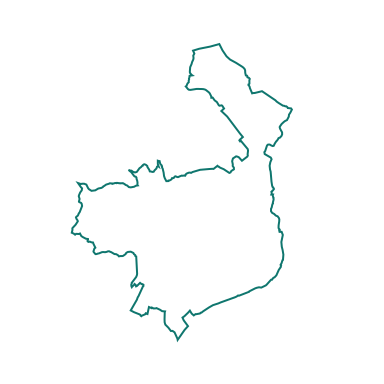 the district of Caransebes, Caras-Severin, Romania, rotated 64°
{"feature_id": "2599482B93861617643410", "entity_name": "Caransebes", "entity_type": "district", "adm_level": 2, "iso_a3": "ROU", "parent_name": "Romania", "parent_adm1": "Caras-Severin", "projection": "albers", "projection_center": [22.203, 45.422], "detail": "fine", "context": "isolated", "style": "outline", "palette": "teal", "viewbox_px": 384, "rotation_deg": 64, "n_neighbors": 0, "source": "geoboundaries", "source_scale": "gbopen_adm2", "svg_char_len": 6063}
<svg xmlns="http://www.w3.org/2000/svg" viewBox="0 0 384 384"><g transform="rotate(64 192 192)"><path d="M308.3,171.6L308.3,166.5L308.0,165.5L305.6,159.6L305.5,159.2L305.9,158.6L304.9,156.7L304.8,156.0L304.9,155.3L303.9,152.7L300.1,148.2L298.2,144.9L297.1,144.5L296.9,144.1L296.2,144.2L295.4,142.9L292.9,140.5L292.9,140.0L288.3,137.3L283.9,136.0L280.6,135.3L276.1,133.6L270.4,129.2L267.1,128.9L266.2,130.8L264.2,130.3L263.8,130.0L264.0,129.7L263.9,129.7L262.3,130.0L260.0,128.8L256.5,126.4L254.8,125.5L253.5,125.3L251.4,125.7L249.8,127.1L247.9,127.7L245.9,129.1L243.9,129.4L241.7,128.3L240.9,127.2L238.2,125.1L237.9,124.3L237.0,124.0L234.6,122.0L233.0,121.3L232.9,121.5L230.1,120.8L229.7,120.3L229.5,120.6L229.5,121.1L229.1,121.8L228.5,121.1L226.6,120.5L226.6,119.8L226.1,119.3L226.1,118.7L225.2,117.0L223.8,117.0L223.3,117.4L222.9,117.2L221.7,117.3L217.5,116.0L208.2,112.4L206.0,112.0L202.4,110.7L199.5,108.5L197.4,106.1L195.6,106.1L189.8,110.0L187.9,109.5L187.3,108.3L183.3,104.4L182.8,103.5L182.7,103.1L183.1,101.9L183.6,101.2L184.9,100.4L186.1,99.3L186.3,98.3L184.7,96.3L183.4,94.1L183.1,93.1L182.1,91.3L181.6,90.8L181.5,90.2L181.7,89.2L180.9,87.1L179.7,85.7L177.9,84.9L174.0,85.1L172.5,84.9L171.8,84.5L170.2,81.7L169.3,78.8L169.0,77.3L169.0,75.1L166.7,72.0L165.0,70.9L163.7,68.7L161.7,66.1L160.3,66.3L158.5,69.1L157.5,69.1L156.3,69.7L156.0,70.5L154.8,71.5L154.3,72.4L150.3,74.9L147.8,76.3L146.2,76.8L132.1,84.9L130.5,92.2L129.8,93.9L129.7,94.7L123.9,94.4L122.9,94.1L121.5,94.1L120.7,94.4L120.1,94.1L120.1,93.4L119.8,92.9L116.8,91.5L115.7,90.5L114.4,90.8L113.2,91.9L112.2,91.5L111.5,91.6L110.8,92.5L108.2,91.9L105.9,90.9L104.6,90.8L102.7,91.3L101.0,92.2L95.2,95.8L89.7,99.7L85.2,101.5L78.1,102.5L71.0,102.6L69.3,111.8L66.4,122.8L65.4,129.1L68.6,129.2L70.0,131.1L72.3,131.9L73.5,132.8L75.3,135.0L76.8,136.3L79.0,138.9L82.7,141.1L83.9,141.6L86.4,141.1L87.3,140.6L86.5,143.1L86.6,143.4L87.8,144.0L88.7,145.0L89.5,145.2L90.5,146.2L91.9,146.8L92.5,148.5L94.3,150.5L94.4,151.3L97.8,150.5L98.8,149.9L99.6,148.5L101.4,142.6L101.9,141.6L104.3,137.0L105.5,135.5L106.4,134.8L109.7,133.2L111.1,132.8L114.3,132.8L115.8,133.3L116.1,132.1L116.4,132.0L119.5,131.5L122.1,130.2L125.8,129.9L126.5,129.5L127.1,127.4L127.7,127.0L131.0,126.6L132.1,130.1L139.6,127.3L160.2,123.3L164.9,122.2L166.0,126.2L166.4,126.8L167.6,126.6L167.6,125.6L177.8,123.1L179.4,123.5L182.5,125.5L183.6,125.8L184.4,126.7L185.8,133.4L181.3,134.7L180.2,135.6L179.3,136.7L179.8,140.5L181.9,142.4L185.0,143.2L186.4,144.0L188.5,143.7L190.0,144.4L190.3,147.3L191.3,148.9L191.2,150.1L185.4,153.5L182.4,156.1L180.6,157.0L181.4,157.0L179.6,157.6L180.7,162.5L180.2,163.3L178.9,166.4L175.6,175.0L174.3,182.7L174.4,184.5L173.7,185.2L173.2,186.6L173.1,188.8L173.5,190.1L174.2,190.6L174.4,191.1L173.8,191.7L173.2,193.5L172.8,193.9L172.5,196.7L172.6,197.3L172.5,198.0L172.1,198.7L170.8,199.8L170.6,200.2L170.6,200.8L171.4,202.4L170.8,203.9L171.5,204.6L171.7,205.3L171.8,207.2L171.4,208.1L171.8,208.5L171.0,210.3L167.6,210.4L165.3,210.1L162.1,209.0L158.1,208.1L157.0,208.2L155.8,207.7L155.4,207.9L154.8,207.6L152.8,208.2L150.0,207.6L149.8,208.1L148.9,209.0L152.0,210.5L154.5,210.8L153.7,211.2L153.9,212.3L155.3,213.7L156.1,216.1L157.0,217.6L156.6,218.8L155.6,219.9L155.0,220.9L153.2,220.7L150.1,221.1L149.0,220.8L147.4,221.5L146.3,222.5L146.1,223.1L146.2,224.1L146.8,224.8L146.6,225.2L147.3,226.9L147.6,228.8L149.7,232.7L149.7,233.2L149.5,234.4L149.4,234.7L147.8,236.3L146.3,237.0L145.7,238.1L144.9,238.8L145.0,239.0L145.6,238.9L147.5,237.9L152.2,237.0L153.0,236.6L153.6,235.8L154.7,235.6L156.0,236.1L157.8,236.3L159.5,236.8L161.8,238.0L162.3,237.9L161.8,239.5L161.9,241.7L161.0,245.0L159.9,246.6L157.8,247.4L156.4,248.7L155.5,249.0L153.7,250.3L153.6,251.0L152.9,252.0L152.8,252.8L152.0,253.7L152.0,253.9L150.9,255.4L151.0,255.9L150.5,256.5L150.1,257.7L150.0,258.8L149.6,259.4L149.8,259.9L149.6,260.2L148.9,260.7L148.1,262.2L148.2,262.8L147.7,265.9L148.1,268.3L148.1,269.3L148.5,270.0L148.6,271.6L147.8,274.7L148.1,278.2L146.9,281.8L144.3,283.4L143.0,283.7L139.0,283.7L137.3,285.3L136.4,287.1L136.1,288.4L134.0,290.5L139.1,289.7L140.5,289.2L142.2,290.4L143.4,292.7L145.3,294.9L146.1,295.6L149.0,296.1L151.0,297.8L151.6,297.8L153.1,296.5L154.1,296.3L156.4,296.9L160.9,301.8L161.7,303.3L162.7,304.3L163.3,305.3L163.5,306.6L163.9,307.4L165.4,307.6L167.5,307.3L168.3,307.5L170.4,311.0L172.0,315.2L172.6,315.7L173.6,316.0L175.9,317.9L177.6,316.5L179.1,315.8L178.8,314.5L180.2,312.0L180.2,310.9L183.0,310.8L184.5,310.0L187.4,307.9L188.7,306.1L189.1,306.3L190.2,307.4L190.7,307.4L191.5,306.9L191.8,305.6L193.2,304.4L194.0,303.1L195.6,303.3L199.7,303.3L200.0,304.5L202.2,306.6L202.8,306.7L205.5,306.0L206.0,304.8L206.0,304.0L206.4,302.5L206.6,299.3L207.0,298.2L208.0,296.5L208.4,295.0L208.5,293.5L208.8,292.8L209.2,292.2L210.0,291.7L210.6,291.0L213.8,288.9L214.5,287.6L214.9,287.2L216.5,286.2L217.8,285.9L218.2,284.4L219.1,282.5L219.2,281.8L218.7,278.9L218.0,278.0L217.8,277.1L217.8,275.8L218.8,273.2L221.1,271.4L222.4,271.4L223.8,270.7L224.7,271.0L225.5,270.4L241.5,277.2L242.6,278.0L243.9,279.4L247.2,285.9L247.4,285.9L248.8,287.3L250.3,287.8L251.1,287.8L250.8,287.3L250.1,284.7L249.5,284.0L250.6,283.4L252.3,283.6L252.3,282.6L250.9,278.5L252.7,277.7L253.1,276.9L254.1,276.3L255.2,276.9L255.2,277.3L262.2,285.8L262.9,287.0L264.6,288.7L271.6,299.0L274.6,296.8L279.2,292.6L279.8,292.3L280.5,292.4L281.4,292.0L281.2,291.3L281.4,287.1L281.0,287.2L280.7,286.6L282.1,285.5L276.5,281.1L278.7,279.2L278.3,278.7L279.9,277.5L280.8,275.3L280.8,274.8L283.9,272.3L286.0,271.1L287.5,268.6L288.1,269.2L294.2,272.4L297.1,273.7L299.5,274.1L303.6,272.7L307.7,271.9L308.3,270.4L310.5,269.2L317.5,269.4L318.6,269.7L312.7,259.1L310.8,254.4L303.8,255.7L300.7,255.6L300.3,253.2L298.7,248.3L297.7,245.9L301.1,245.6L303.7,244.5L303.3,242.4L303.6,242.0L304.7,238.1L304.3,237.1L304.6,236.4L304.1,234.2L303.2,227.2L302.9,222.7L303.7,217.1L303.8,214.7L305.5,199.0L305.5,197.6L305.2,195.9L305.7,195.5L305.8,195.2L306.6,185.8L306.7,184.4L306.4,184.1L306.3,177.5L306.5,175.7L307.0,173.6L308.3,171.6Z" fill="none" stroke="#0f766e" stroke-width="2"/></g></svg>